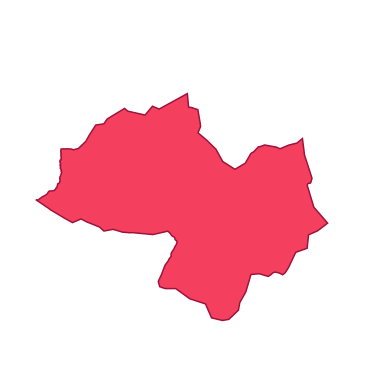 Uyanga, Övörhangay, Mongolia (orthographic projection), rotated 225°
{"feature_id": "93677404B10592046266618", "entity_name": "Uyanga", "entity_type": "district", "adm_level": 2, "iso_a3": "MNG", "parent_name": "Mongolia", "parent_adm1": "Övörhangay", "projection": "orthographic", "projection_center": [102.144, 46.409], "detail": "fine", "context": "isolated", "style": "filled", "palette": "rose", "viewbox_px": 384, "rotation_deg": 225, "n_neighbors": 0, "source": "geoboundaries", "source_scale": "gbopen_adm2", "svg_char_len": 3933}
<svg xmlns="http://www.w3.org/2000/svg" viewBox="0 0 384 384"><g transform="rotate(225 192 192)"><path d="M89.2,116.8L79.6,122.7L75.9,128.0L75.6,141.3L80.0,147.6L83.4,159.6L92.0,175.4L86.6,181.8L78.4,186.2L77.9,188.4L77.7,190.7L77.5,192.6L76.7,194.0L75.1,195.2L74.2,195.7L73.2,196.3L71.7,196.8L70.8,197.2L70.0,197.4L69.3,197.6L69.0,201.0L70.4,207.0L76.0,222.7L70.8,233.6L79.3,244.1L75.7,253.4L74.1,265.9L95.1,267.4L115.4,278.3L115.6,278.8L115.8,279.2L115.9,279.7L115.8,280.3L115.7,280.6L115.4,280.9L115.0,281.4L114.7,281.9L114.6,282.5L116.9,286.6L138.6,297.7L151.7,307.9L152.4,300.8L156.8,293.5L160.3,284.8L164.1,283.4L173.9,276.6L175.0,274.2L176.1,272.1L177.0,270.8L176.9,267.0L176.8,264.3L177.6,261.0L177.2,259.4L174.7,250.0L177.7,238.4L191.9,235.3L205.4,239.2L211.3,239.1L217.3,239.1L229.6,238.1L232.2,244.3L234.5,246.2L246.1,254.4L252.4,251.2L254.4,249.6L264.9,258.3L273.9,227.4L280.6,224.7L279.6,213.2L294.5,203.8L298.8,203.4L303.6,183.8L302.5,177.9L307.4,171.3L304.8,159.4L302.9,152.9L303.1,142.6L305.6,138.1L307.2,137.3L308.5,136.4L309.3,135.7L310.5,134.5L315.0,129.9L314.5,129.4L314.3,129.2L314.2,128.7L313.8,128.2L313.5,128.1L313.3,127.9L312.9,127.8L312.6,127.5L312.4,127.3L312.4,127.0L312.4,126.8L312.3,126.7L312.2,126.7L311.8,126.7L311.6,126.6L310.9,125.6L310.7,125.3L310.6,125.1L310.3,125.1L310.0,125.0L309.7,124.8L309.5,124.3L309.2,124.1L309.0,123.9L308.8,123.8L308.6,123.8L308.5,123.7L308.5,123.4L308.3,123.3L308.1,123.2L308.0,122.9L307.9,122.6L307.9,122.2L307.5,122.1L307.4,121.9L307.5,121.6L307.6,121.3L307.5,120.9L307.5,120.7L307.3,120.6L307.0,120.6L306.8,120.5L306.7,120.3L306.7,119.8L306.6,119.7L306.3,119.6L305.9,119.6L305.5,119.4L305.3,119.2L304.9,119.2L304.7,119.0L304.6,118.7L304.7,118.3L304.6,118.2L304.4,117.8L304.1,117.9L303.8,117.9L303.6,117.8L303.4,117.6L303.4,117.4L303.4,117.2L303.2,117.1L303.0,116.9L302.9,116.7L302.5,116.5L302.4,116.5L302.3,116.3L302.2,115.9L302.0,115.7L301.8,115.6L301.2,115.6L300.8,115.6L300.7,115.5L300.5,115.2L300.3,115.2L300.0,115.2L299.7,115.0L299.5,114.7L299.5,114.3L299.3,114.1L299.1,114.1L298.7,114.2L298.2,113.8L297.9,113.3L297.7,112.8L297.6,112.5L297.3,112.3L297.0,112.0L296.9,111.5L296.7,111.2L296.4,110.8L296.3,110.4L296.3,110.0L296.3,109.8L296.2,109.5L295.7,109.1L295.5,108.6L295.2,108.1L295.0,107.9L294.9,107.8L294.3,107.8L294.0,107.4L293.8,107.0L293.5,106.7L293.0,106.5L292.8,106.1L292.7,105.6L292.5,105.2L292.3,104.9L292.2,104.5L292.2,104.1L292.3,103.8L292.7,103.4L292.7,102.9L292.6,102.6L292.3,102.3L292.2,102.1L292.1,101.8L292.0,101.7L291.9,101.5L291.8,101.3L291.7,101.1L291.6,100.9L291.4,100.7L291.2,100.6L291.0,100.3L291.0,100.0L290.9,99.5L290.9,99.1L290.9,98.7L290.9,98.4L290.7,98.1L290.5,97.8L290.5,97.6L290.5,97.4L290.6,97.1L290.5,96.7L290.6,96.4L290.5,96.2L290.5,95.9L290.6,95.5L290.8,95.2L291.1,94.8L291.2,94.5L291.4,94.1L291.8,93.7L292.2,93.4L292.4,93.1L292.7,92.8L293.0,92.5L293.3,92.2L293.5,91.8L293.6,91.3L293.7,90.7L293.4,89.7L293.1,88.8L293.1,87.9L293.2,87.3L293.2,86.9L293.4,86.1L294.0,83.9L294.4,83.1L294.5,82.3L294.6,81.5L294.6,81.1L294.7,80.7L294.9,80.1L295.0,78.4L295.5,77.2L297.0,76.1L286.4,78.2L278.9,79.5L262.5,83.6L254.8,85.9L251.5,94.4L245.4,96.4L232.7,101.8L226.7,102.1L221.4,109.8L212.7,114.5L207.5,118.9L205.1,121.4L189.6,134.2L181.4,147.2L180.5,147.3L180.1,147.3L179.4,147.3L178.4,147.3L177.6,147.2L176.4,147.0L175.6,146.9L175.1,146.9L174.8,146.9L174.6,146.9L173.9,147.1L173.1,147.4L172.5,147.5L171.7,147.3L171.2,147.0L170.7,146.6L170.0,146.4L169.5,146.4L168.8,146.6L167.8,146.4L167.7,146.4L167.5,146.2L166.8,145.5L166.2,144.3L165.8,143.1L165.5,141.5L165.4,141.0L164.6,139.3L164.4,138.4L164.3,137.9L164.2,137.2L163.9,136.0L163.5,134.2L163.2,133.7L162.5,132.8L161.9,132.4L161.3,132.1L161.2,131.4L161.0,129.9L160.9,129.1L160.9,128.6L160.4,127.1L160.1,126.5L160.0,125.5L159.3,121.1L155.2,112.0L152.6,104.9L147.9,102.2L142.7,104.7L135.2,112.2L118.1,114.9L103.3,122.4L89.2,116.8Z" fill="#f43f5e" stroke="#9f1239" stroke-width="1.5"/></g></svg>